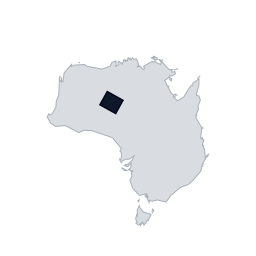 location of Ngaanyatjarraku, Western Australia, Australia, rotated 29°
{"feature_id": "25037944B86885707589826", "entity_name": "Ngaanyatjarraku", "entity_type": "district", "adm_level": 2, "iso_a3": "AUS", "parent_name": "Australia", "parent_adm1": "Western Australia", "projection": "mercator", "projection_center": [128.838, -25.094], "detail": "fine", "context": "in_parent", "style": "filled", "palette": "ink", "viewbox_px": 256, "rotation_deg": 29, "n_neighbors": 0, "source": "geoboundaries", "source_scale": "gbopen_adm2", "svg_char_len": 4071}
<svg xmlns="http://www.w3.org/2000/svg" viewBox="0 0 256 256"><g transform="rotate(29 128 128)"><path d="M169.2,55.9L171.6,66.1L174.5,65.6L177.9,68.7L178.5,75.0L180.5,77.2L181.0,83.1L182.5,86.2L192.4,92.0L196.3,101.6L197.4,102.1L197.6,100.4L199.8,102.2L200.1,101.3L201.0,106.2L202.3,107.7L205.1,109.3L210.7,117.7L210.5,123.4L212.6,130.4L209.8,143.7L207.8,148.6L202.9,154.2L198.3,165.6L197.2,174.4L188.7,176.6L184.5,180.4L181.8,180.8L182.6,183.0L178.4,179.7L179.0,179.0L178.7,178.2L177.9,178.2L176.6,179.6L175.6,178.7L177.2,177.4L176.3,176.4L170.7,181.3L161.9,178.8L155.0,172.9L154.8,168.4L151.7,164.3L153.0,164.5L153.0,163.3L148.4,164.5L149.7,161.5L148.0,157.2L146.3,162.1L143.0,162.6L143.5,161.0L145.1,160.9L147.3,154.2L146.7,149.3L144.4,154.5L141.1,156.5L138.9,159.7L139.2,161.3L137.8,161.1L135.7,159.3L137.0,159.3L136.1,156.1L134.0,152.6L132.2,152.2L132.0,149.1L119.1,144.0L97.4,147.9L90.4,151.4L87.3,155.9L72.2,156.2L63.9,161.7L58.3,161.3L52.0,157.6L51.9,153.9L53.5,154.5L54.8,152.3L54.9,144.9L52.3,139.4L51.4,132.6L44.4,118.7L47.1,120.2L45.5,116.0L46.7,118.5L48.7,119.2L45.4,110.7L47.9,99.1L48.4,101.8L50.8,98.9L59.1,93.6L62.0,93.9L76.9,89.0L82.5,82.4L82.2,78.2L85.1,75.1L87.6,79.9L88.9,77.2L87.3,75.4L87.8,74.2L92.6,75.0L91.1,74.5L92.1,72.7L91.2,71.1L93.8,70.8L92.9,69.6L95.0,69.5L94.3,67.7L96.2,65.7L96.3,66.9L97.8,66.8L97.9,64.5L100.1,65.3L101.5,63.5L103.8,64.8L106.9,67.9L106.3,70.4L108.4,68.0L112.8,69.5L113.7,68.2L111.8,66.3L116.9,57.9L118.0,58.5L119.7,56.4L120.3,57.3L125.6,56.6L125.5,54.6L121.9,53.1L122.5,52.6L135.3,56.9L139.0,55.4L138.1,57.0L139.6,57.9L141.6,55.9L143.2,57.6L141.2,61.3L139.0,61.7L139.1,64.4L137.0,68.6L148.6,76.4L151.8,77.2L152.8,79.0L158.1,80.3L161.8,73.6L162.1,63.8L162.6,60.1L164.0,59.3L163.0,57.6L166.2,50.6L169.2,55.9ZM175.6,191.3L182.2,194.0L190.1,192.3L190.6,199.8L190.1,198.5L189.3,200.1L189.1,205.2L186.3,203.1L184.5,207.8L181.1,207.4L181.8,206.1L178.8,203.9L177.6,199.9L178.9,200.6L175.8,195.2L175.6,191.3ZM116.0,52.7L119.6,52.7L120.7,53.7L118.3,55.8L116.0,52.7ZM141.6,165.9L148.1,165.7L145.3,166.9L141.6,165.9ZM142.3,63.8L143.0,65.9L140.7,65.5L141.1,64.1L142.3,63.8ZM210.3,116.7L210.2,114.2L211.1,112.0L211.5,113.6L210.3,116.7ZM188.2,186.9L190.4,187.5L190.5,188.6L188.2,186.9ZM115.6,53.3L116.9,55.3L114.5,55.2L115.6,53.3ZM173.2,187.4L171.9,187.1L172.6,185.3L173.2,187.4ZM154.7,75.5L153.6,76.1L152.4,76.5L153.0,75.3L154.7,75.5ZM44.4,118.1L43.5,116.9L43.4,115.7L43.6,115.7L44.4,118.1ZM190.0,189.6L190.9,190.3L189.3,189.7L190.0,189.6ZM201.8,106.6L202.7,106.6L202.7,107.7L201.8,106.6ZM181.3,83.1L182.3,83.7L182.1,84.1L181.3,83.1ZM186.2,205.9L186.3,207.1L185.5,206.7L186.2,205.9ZM211.8,124.4L211.9,125.9L211.8,124.4ZM125.3,52.6L124.7,52.0L125.1,51.7L125.3,52.6ZM142.4,52.7L141.5,53.7L142.5,51.9L142.4,52.7ZM211.9,122.7L211.5,123.2L211.8,122.7L211.9,122.7ZM143.7,71.8L143.2,72.0L143.5,71.5L143.7,71.8ZM140.4,63.7L139.8,63.9L140.2,63.2L140.4,63.7ZM53.8,93.7L53.6,94.6L53.3,94.5L53.8,93.7ZM165.1,50.1L165.1,50.9L164.8,50.3L165.1,50.1ZM178.0,178.6L178.1,179.1L177.9,179.0L178.0,178.6ZM141.3,54.0L140.1,54.7L141.3,53.8L141.3,54.0ZM94.4,66.7L93.9,67.2L94.2,66.6L94.4,66.7ZM186.7,204.9L186.3,205.2L186.5,204.7L186.7,204.9ZM154.2,78.0L153.5,78.0L153.8,77.5L154.2,78.0ZM91.9,70.5L91.6,70.8L91.6,70.1L91.9,70.5ZM189.9,202.3L189.3,202.7L189.5,202.0L189.9,202.3ZM165.5,48.2L165.4,48.7L165.1,48.5L165.5,48.2ZM177.6,179.3L178.2,179.9L177.3,179.7L177.6,179.3ZM193.6,92.0L193.1,92.0L193.3,91.4L193.6,92.0ZM197.2,100.3L197.2,99.9L197.2,100.3ZM175.8,190.4L175.7,190.8L175.5,190.3L175.8,190.4Z" fill="#d9dde1" stroke="#a8b0b8" stroke-width="1"/><path d="M110.2,117.9L110.2,116.3L110.2,109.3L110.2,107.9L110.2,106.2L108.0,106.2L105.3,106.2L97.7,106.2L95.6,106.2L93.7,106.2L92.7,106.2L92.2,106.2L92.2,110.6L92.2,115.2L92.2,121.3L93.6,121.3L96.7,121.3L99.6,121.3L102.5,121.3L107.4,121.3L108.5,121.3L110.2,121.3L110.2,121.2L110.2,120.9L110.2,120.7L110.2,120.4L110.2,120.2L110.2,119.9L110.2,119.7L110.2,119.4L110.2,119.2L110.2,118.9L110.2,118.7L110.2,118.4L110.2,118.2L110.2,117.9L110.2,117.9Z" fill="#0f172a" stroke="#020617" stroke-width="1.5"/></g></svg>